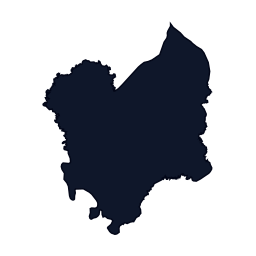 outline of Na Thom, Nakhon Phanom, Thailand, rotated 4°
{"feature_id": "78962969B75558951633427", "entity_name": "Na Thom", "entity_type": "district", "adm_level": 2, "iso_a3": "THA", "parent_name": "Thailand", "parent_adm1": "Nakhon Phanom", "projection": "robinson", "projection_center": [104.092, 17.839], "detail": "fine", "context": "isolated", "style": "filled", "palette": "ink", "viewbox_px": 256, "rotation_deg": 4, "n_neighbors": 0, "source": "geoboundaries", "source_scale": "gbopen_adm2", "svg_char_len": 5765}
<svg xmlns="http://www.w3.org/2000/svg" viewBox="0 0 256 256"><g transform="rotate(4 128 128)"><path d="M109.4,218.5L110.1,217.9L111.9,218.0L114.0,219.5L117.9,220.1L119.4,221.6L117.9,225.4L114.7,228.5L114.6,229.2L117.0,232.5L118.8,233.9L122.3,234.9L124.2,234.4L126.4,232.6L125.9,228.4L126.4,226.3L129.3,224.0L130.0,224.4L131.2,222.6L133.8,223.3L137.3,221.4L138.6,221.3L139.2,220.5L140.2,221.0L142.4,216.7L145.2,214.9L145.5,213.8L146.7,212.2L146.1,208.4L144.7,205.9L145.5,203.7L145.4,202.7L147.6,198.5L148.7,198.0L148.4,197.2L149.1,194.9L150.7,194.1L151.1,193.2L152.7,192.9L152.7,192.0L151.6,189.6L153.5,189.5L154.2,188.1L155.2,187.7L155.0,185.4L156.8,184.6L157.6,182.8L157.7,181.8L165.2,177.3L165.6,176.4L166.8,176.7L167.1,176.0L166.2,175.5L167.6,174.8L168.3,173.5L168.7,174.9L169.3,173.9L169.8,174.2L170.1,176.4L171.1,176.3L171.7,174.7L172.7,175.0L173.2,174.4L173.6,174.8L173.5,175.9L174.3,175.0L175.3,175.1L175.2,174.3L176.1,174.5L176.5,175.4L177.4,175.1L177.4,174.3L178.8,173.9L179.2,174.3L178.9,175.4L180.0,175.4L179.8,174.4L180.7,174.1L181.3,174.5L181.6,172.5L182.1,172.9L182.9,172.6L182.8,173.9L183.1,174.0L184.0,170.9L184.9,170.1L184.6,169.5L185.3,170.0L185.3,170.8L186.0,171.2L186.3,171.0L185.9,170.3L186.4,170.1L187.6,171.8L188.5,171.4L189.2,171.7L190.3,171.3L190.4,172.6L189.6,174.4L189.8,174.9L191.3,175.0L191.9,174.2L192.8,174.2L194.1,172.4L195.1,173.2L195.9,175.5L196.9,176.1L199.8,176.2L203.8,173.7L211.7,167.5L213.0,165.8L214.2,163.4L214.3,161.9L212.6,158.9L211.9,156.9L210.2,156.0L209.7,155.1L209.4,155.8L209.0,155.7L209.1,154.9L208.4,155.7L208.2,155.1L206.8,154.1L206.7,153.1L207.0,152.6L206.7,151.7L207.1,151.4L205.9,151.1L206.1,150.9L205.5,150.2L206.3,148.9L206.7,149.0L206.5,148.4L207.9,147.3L208.1,145.8L207.3,144.5L207.9,144.0L207.5,143.6L207.7,143.1L207.4,141.7L206.3,141.6L205.6,140.4L204.1,139.7L204.1,139.2L203.4,139.4L203.7,138.7L202.6,138.1L202.3,137.4L202.6,136.8L202.2,136.9L202.9,136.1L202.6,135.5L201.8,134.4L201.5,135.2L200.9,135.3L201.2,134.8L200.7,134.7L201.0,133.8L200.4,133.9L200.4,132.8L199.5,133.3L199.8,132.5L199.0,131.5L199.3,129.4L201.2,129.2L201.2,128.8L201.8,128.8L201.5,127.9L203.2,128.3L204.0,127.2L203.7,126.7L204.4,125.7L204.2,124.9L205.4,124.2L204.7,122.7L206.4,120.9L205.7,119.8L205.5,118.5L205.2,118.7L205.1,117.7L204.6,117.7L203.9,116.6L204.3,114.6L204.1,111.5L204.9,110.4L205.0,108.6L202.5,103.6L202.0,103.6L201.0,101.8L199.3,100.2L199.2,99.2L200.9,97.7L202.6,97.6L203.1,97.1L204.7,97.3L205.7,96.7L205.3,95.1L203.5,94.6L203.2,93.6L203.6,93.2L203.4,92.0L204.1,91.7L204.9,89.9L206.9,89.2L207.0,88.4L208.0,87.4L208.1,86.3L208.6,86.1L207.7,85.2L207.7,84.5L205.4,82.8L205.1,81.3L204.4,81.1L204.3,80.5L204.1,79.5L204.6,79.0L203.8,77.4L205.0,73.7L205.5,65.8L203.4,57.0L198.5,47.8L195.8,44.7L190.5,42.0L186.3,39.1L184.6,37.5L177.5,33.4L173.5,29.5L166.1,24.5L163.2,21.1L163.4,23.5L161.1,28.4L160.6,30.5L161.0,33.1L160.5,35.7L158.1,39.8L154.6,52.7L147.2,58.5L143.6,60.3L139.6,61.5L136.6,64.1L134.2,66.5L119.4,85.2L115.9,89.3L113.4,91.4L111.6,92.3L111.2,91.9L110.8,90.7L111.4,91.1L112.0,90.6L111.5,90.0L112.1,89.4L112.2,88.6L109.9,87.6L110.1,86.9L109.4,87.1L108.0,85.1L108.1,84.8L109.1,85.5L109.8,84.9L109.5,82.4L109.9,81.6L109.2,81.0L109.2,79.8L111.8,77.8L111.3,77.2L111.6,76.3L111.1,75.3L110.1,75.1L109.0,76.5L106.0,76.4L104.6,75.4L105.2,74.2L104.1,71.6L106.2,70.8L105.8,69.1L105.1,68.7L103.7,69.9L103.5,68.4L102.1,67.0L100.8,68.1L98.0,68.0L96.3,66.3L95.4,64.0L94.5,63.4L94.5,64.0L94.0,63.8L94.0,65.3L92.0,65.8L92.0,65.3L91.2,65.6L89.4,64.6L85.8,65.1L84.2,63.8L82.9,63.9L81.0,63.1L78.7,64.2L78.1,65.2L77.6,67.5L76.7,67.8L75.8,67.3L74.9,68.7L74.5,68.5L74.2,69.5L72.6,69.6L72.4,68.9L72.0,69.0L72.0,69.8L71.5,70.0L72.2,71.1L71.1,71.3L70.7,72.0L68.4,71.9L68.2,72.4L68.9,73.1L68.2,73.3L68.4,73.6L67.4,74.0L67.4,74.6L67.6,75.2L68.3,75.1L68.5,76.5L67.7,77.8L67.2,77.8L66.5,78.7L64.7,79.5L63.9,79.1L63.9,79.7L62.7,79.4L62.4,79.9L61.7,79.5L59.8,80.3L59.8,79.8L58.2,79.6L57.0,80.2L55.5,79.5L55.7,78.6L54.9,78.8L54.8,78.4L53.7,79.1L53.4,79.8L54.4,79.9L53.9,80.8L54.7,81.0L55.0,80.6L55.2,81.8L54.8,82.2L54.3,81.8L54.0,83.1L53.0,82.7L51.8,83.5L51.5,84.4L50.7,84.5L51.1,86.8L51.5,87.2L51.3,88.0L51.9,88.4L51.5,88.9L51.1,88.8L51.4,89.4L50.6,88.9L50.0,89.2L50.4,91.1L49.7,91.4L49.8,91.8L48.9,92.7L48.2,94.4L47.7,94.7L48.2,96.1L47.3,96.6L45.4,95.5L44.0,97.0L43.9,98.2L44.2,98.8L45.2,98.2L47.2,98.3L45.6,100.3L45.3,100.2L45.1,99.3L44.6,99.3L44.3,101.2L45.0,102.3L47.3,104.3L46.5,104.8L46.2,103.8L45.2,102.9L43.5,103.5L45.8,107.8L45.1,108.7L43.7,108.2L43.3,108.5L41.7,110.1L41.8,110.9L42.7,111.6L43.9,111.8L43.9,110.3L44.3,110.1L45.4,112.5L48.3,115.1L51.0,114.4L51.9,116.8L53.8,117.0L55.8,119.5L57.6,118.7L58.4,120.3L57.5,120.4L57.1,121.3L56.0,120.7L55.4,120.9L56.8,122.1L55.7,122.5L55.5,123.0L56.7,123.7L56.3,124.0L56.0,125.2L54.6,125.3L54.5,125.9L55.6,127.3L58.8,128.0L58.5,130.3L58.9,131.0L59.9,131.5L59.7,132.1L60.1,133.4L63.8,133.7L63.8,134.2L62.7,134.6L62.3,135.3L66.8,136.1L65.7,137.4L66.8,138.4L64.7,139.9L65.1,140.6L66.0,140.9L66.6,142.7L67.7,143.0L67.9,143.6L67.1,145.4L64.9,146.1L63.8,147.2L63.7,147.8L64.0,148.0L66.3,146.9L67.6,147.4L67.1,149.0L68.1,149.3L66.9,151.7L66.0,150.9L65.7,151.1L65.6,153.2L66.1,153.9L69.9,154.6L70.3,157.6L72.6,162.3L73.1,166.0L72.5,167.0L71.5,167.6L65.7,167.5L64.5,169.0L64.2,171.2L65.2,174.0L67.8,177.5L67.8,183.6L70.9,186.9L72.7,190.3L74.5,199.8L75.4,202.0L76.5,203.1L77.7,203.6L78.8,203.5L79.5,202.7L79.4,199.3L79.9,196.5L79.3,193.5L79.9,192.5L87.7,191.7L94.0,194.7L96.6,196.6L101.6,202.2L103.0,204.4L103.3,206.0L103.2,208.3L102.4,209.6L100.8,210.4L97.3,210.4L96.0,211.1L96.5,215.1L95.7,218.7L96.3,220.6L97.1,221.3L97.9,221.4L99.8,220.1L102.2,219.4L103.8,218.2L105.1,216.3L105.4,212.2L106.0,211.4L107.9,212.2L108.3,216.1L109.4,218.5Z" fill="#0f172a" stroke="#020617" stroke-width="1.5"/></g></svg>